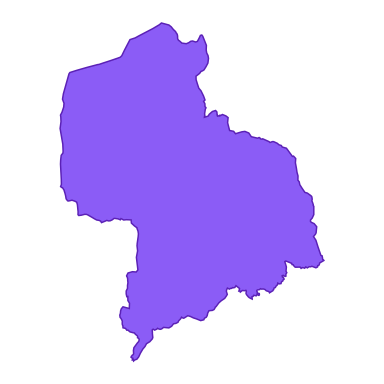 outline of Nyaung-U, Mandalay, Myanmar
{"feature_id": "60261553B51345078390617", "entity_name": "Nyaung-U", "entity_type": "district", "adm_level": 2, "iso_a3": "MMR", "parent_name": "Myanmar", "parent_adm1": "Mandalay", "projection": "natural_earth1", "projection_center": [95.197, 20.928], "detail": "fine", "context": "isolated", "style": "filled", "palette": "violet", "viewbox_px": 384, "rotation_deg": 0, "n_neighbors": 0, "source": "geoboundaries", "source_scale": "gbopen_adm2", "svg_char_len": 6004}
<svg xmlns="http://www.w3.org/2000/svg" viewBox="0 0 384 384"><path d="M323.9,260.5L323.6,260.0L322.7,259.4L322.5,257.8L322.1,255.8L320.9,255.4L317.9,246.6L315.9,240.2L313.5,236.6L315.5,234.1L316.1,232.8L316.7,226.7L314.1,223.6L311.5,222.4L310.5,221.5L310.5,220.0L312.2,218.1L312.7,217.0L313.8,214.6L313.8,206.3L313.3,205.7L313.3,205.3L313.2,204.5L312.6,202.6L312.0,201.1L311.9,200.9L312.1,199.7L312.2,199.2L312.0,197.9L311.9,197.0L311.4,196.1L307.4,193.1L304.9,192.4L302.1,188.3L299.8,184.7L299.2,181.8L297.9,180.1L298.0,175.9L297.0,172.3L296.4,168.2L295.4,162.8L295.6,160.1L295.7,158.5L293.5,156.1L292.4,156.4L286.4,148.2L283.2,147.3L282.2,147.0L281.3,145.5L279.0,144.8L277.3,143.3L274.0,141.8L273.4,141.6L272.4,141.6L270.0,142.5L269.0,141.6L262.7,138.8L262.1,139.2L260.4,138.8L260.3,138.3L259.1,137.5L257.6,138.2L251.3,136.7L248.8,133.0L244.9,131.4L241.9,131.8L235.5,133.7L233.6,131.3L229.6,130.5L227.6,122.7L228.1,117.6L225.9,115.9L222.4,114.5L221.6,115.0L220.9,115.3L220.8,115.5L220.5,115.6L220.4,115.3L220.1,115.2L219.6,115.3L219.4,115.5L219.3,115.9L219.1,116.1L218.0,115.8L217.5,116.1L217.3,115.8L217.3,115.1L217.3,114.8L217.1,114.7L216.9,112.0L215.6,110.5L212.4,111.5L209.3,114.2L208.1,116.1L204.4,117.3L204.6,116.0L204.9,115.9L204.6,113.8L205.3,109.2L206.0,107.8L205.7,107.3L205.0,106.7L204.9,103.7L203.6,101.4L205.0,100.0L203.5,95.9L201.0,90.8L198.8,88.2L197.4,83.9L196.1,79.7L196.0,76.2L199.1,73.8L200.1,72.8L200.6,72.0L200.9,71.5L202.6,70.8L204.0,69.9L206.0,66.7L207.9,63.1L208.5,58.4L208.0,55.5L206.7,53.0L206.2,50.0L206.4,45.4L205.3,42.6L202.8,36.3L201.8,35.0L200.4,35.4L199.3,37.8L197.4,41.4L195.6,42.0L192.6,41.0L190.7,41.3L188.9,42.6L186.3,43.7L181.9,43.1L179.5,40.9L178.8,40.5L178.5,40.2L178.1,39.6L177.9,39.3L177.8,39.0L177.7,38.7L177.6,38.3L177.6,37.3L177.6,37.0L177.6,36.3L177.5,36.0L177.5,35.6L177.5,35.3L177.3,34.8L177.3,34.6L177.1,34.1L176.6,33.3L176.3,33.1L175.9,32.3L175.7,31.8L175.4,31.4L174.4,30.5L174.2,30.2L173.6,29.8L171.2,26.8L168.9,25.0L161.4,23.0L159.4,24.7L152.8,28.6L139.0,35.8L135.2,37.9L130.0,39.6L124.5,50.1L121.8,55.7L120.3,57.2L117.6,58.2L110.0,60.8L102.9,63.1L99.1,64.4L97.6,64.6L87.0,67.4L76.9,70.3L69.9,72.5L69.0,73.8L63.4,93.7L62.5,99.2L64.0,103.3L63.7,107.0L62.0,112.2L60.5,115.1L60.8,117.0L61.0,121.6L60.1,128.5L62.8,144.2L63.1,151.3L62.9,153.1L61.2,155.3L60.7,159.8L60.5,164.1L61.3,179.2L61.4,184.4L60.6,186.6L61.7,187.5L62.5,187.7L64.1,190.2L64.2,190.8L65.0,193.3L65.6,195.7L66.0,198.0L66.1,198.8L67.5,200.7L68.1,201.0L69.5,200.8L72.0,200.2L74.9,201.2L76.7,202.2L77.4,204.7L78.1,211.9L78.0,214.7L78.8,215.5L81.3,215.2L84.8,214.3L86.6,214.4L87.6,214.8L92.5,217.6L94.1,218.6L96.7,220.0L99.1,220.4L100.6,221.1L101.5,222.6L104.8,221.3L106.8,220.4L108.4,220.9L110.2,220.8L112.3,219.8L113.9,218.5L114.7,218.4L118.2,218.9L120.3,219.8L121.0,218.6L123.7,220.0L126.3,219.7L131.1,219.9L131.4,223.1L134.4,225.9L137.0,227.8L137.0,228.4L138.0,231.1L138.4,233.7L138.2,236.4L137.1,244.2L137.2,244.5L137.0,245.6L137.6,250.9L136.4,257.3L137.9,269.9L136.2,272.0L132.4,271.7L128.0,273.0L126.6,275.8L126.8,276.6L127.3,277.2L127.5,278.1L127.7,279.2L127.7,280.7L127.9,282.2L127.9,283.0L127.5,285.4L127.5,288.4L126.2,291.0L126.2,293.9L126.8,296.7L127.8,296.5L127.9,300.6L129.5,303.2L129.3,308.5L123.0,306.8L121.3,308.8L120.6,310.9L120.4,313.3L119.8,315.1L120.1,317.4L120.8,318.2L121.2,318.8L122.0,320.4L122.3,321.2L122.2,323.4L122.3,324.6L122.9,325.9L123.0,327.8L125.5,328.4L126.8,330.2L127.9,330.1L130.0,331.9L133.4,332.8L134.5,333.0L134.7,333.3L135.3,334.2L136.3,335.0L137.1,335.6L137.5,336.1L137.6,336.8L137.5,337.7L138.1,338.0L138.8,338.6L139.2,339.7L138.8,341.3L138.1,342.2L137.5,342.8L133.9,347.7L133.4,350.7L133.5,351.6L133.6,353.8L133.0,354.8L132.3,355.1L132.0,355.7L131.4,356.2L131.0,357.2L131.8,357.9L132.9,358.3L132.4,359.3L132.3,360.0L133.3,359.8L133.6,361.0L134.7,360.0L136.9,359.2L138.7,356.9L140.4,353.2L142.8,349.1L145.0,346.5L146.5,343.7L149.8,341.7L152.3,338.9L152.8,337.5L152.4,333.6L152.4,332.1L152.2,330.7L152.4,329.6L153.2,329.2L154.6,330.1L156.9,329.1L157.5,328.3L158.9,329.0L160.0,329.3L160.8,329.2L161.8,328.8L162.8,328.0L163.6,327.4L164.6,327.5L168.9,327.9L171.6,326.3L173.5,323.8L175.8,323.4L178.0,322.3L178.6,320.9L180.7,318.7L181.5,317.2L182.5,317.8L183.4,318.2L184.2,318.0L187.8,315.7L190.5,316.5L193.4,317.9L196.2,318.8L200.7,320.6L203.8,319.8L204.5,318.2L206.3,317.2L207.2,315.6L207.8,312.9L209.0,310.7L212.4,310.4L214.1,309.5L215.2,307.6L215.3,307.1L216.0,306.7L218.9,302.8L221.3,300.7L224.7,298.4L226.5,295.8L227.3,294.4L226.4,291.5L226.5,290.1L227.4,288.1L229.4,289.1L230.5,288.4L231.6,288.4L232.6,287.6L233.2,287.8L234.8,287.5L236.0,285.7L239.5,288.5L239.3,289.8L238.9,291.0L239.7,290.9L240.3,292.1L242.3,290.5L244.9,290.7L245.9,290.3L246.2,290.7L246.3,291.6L246.1,292.6L246.0,293.3L246.3,294.2L246.8,295.0L247.7,296.0L248.1,296.6L249.2,297.6L250.7,298.4L252.2,299.1L252.2,298.5L252.0,297.3L252.0,296.7L253.1,296.4L253.7,295.3L256.2,295.8L256.7,294.9L257.5,294.7L258.2,295.2L258.9,295.4L259.3,295.0L259.4,294.2L259.2,293.5L258.4,293.3L257.6,293.3L257.2,293.3L257.3,291.9L256.8,291.3L256.8,290.5L257.4,289.9L259.6,289.6L260.4,288.7L261.4,289.1L263.5,289.0L264.3,289.3L265.0,289.5L266.3,290.8L268.7,291.5L269.1,291.9L269.5,292.8L272.9,290.7L273.1,290.0L273.6,289.7L274.1,288.0L275.4,287.5L275.9,286.3L277.0,285.3L277.5,284.6L277.8,283.1L279.1,283.9L281.0,283.6L281.5,281.9L282.0,281.4L282.7,281.1L283.3,279.6L284.0,279.4L284.0,278.6L283.5,277.9L283.3,277.4L282.6,277.2L282.3,276.8L282.5,276.2L282.2,275.8L283.1,275.3L285.1,276.4L285.8,276.3L285.9,275.4L285.9,274.1L286.8,272.7L286.0,271.2L286.4,267.0L285.5,263.8L284.8,261.7L285.3,261.2L286.1,261.1L291.6,263.3L291.5,263.6L291.8,263.9L292.1,264.6L292.8,264.6L293.3,264.8L293.5,265.5L293.8,265.8L295.2,267.2L300.1,267.1L301.1,268.4L302.3,267.6L302.5,267.7L303.7,267.8L304.7,268.2L305.8,266.9L307.3,267.9L309.1,266.7L310.7,266.8L311.9,266.3L315.9,267.8L317.5,267.0L317.7,265.6L318.6,265.5L319.1,264.9L319.5,263.9L319.6,263.0L323.9,260.5Z" fill="#8b5cf6" stroke="#5b21b6" stroke-width="1.5"/></svg>